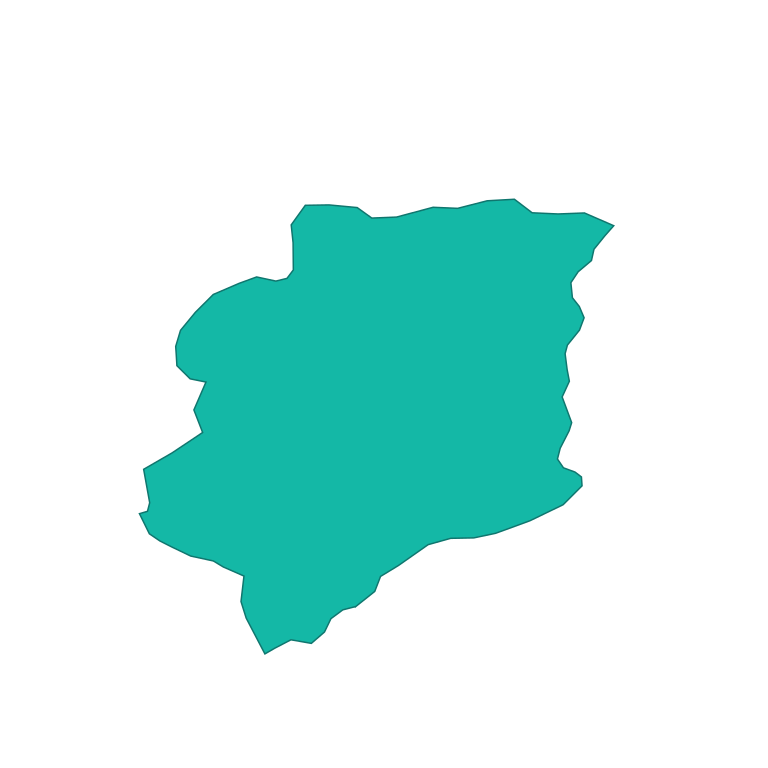 Finspång, Östergötland, Sweden, rotated 330°
{"feature_id": "70781695B24148973800204", "entity_name": "Finspång", "entity_type": "district", "adm_level": 2, "iso_a3": "SWE", "parent_name": "Sweden", "parent_adm1": "Östergötland", "projection": "robinson", "projection_center": [15.801, 58.843], "detail": "fine", "context": "isolated", "style": "filled", "palette": "teal", "viewbox_px": 768, "rotation_deg": 330, "n_neighbors": 0, "source": "geoboundaries", "source_scale": "gbopen_adm2", "svg_char_len": 1215}
<svg xmlns="http://www.w3.org/2000/svg" viewBox="0 0 768 768"><g transform="rotate(330 384 384)"><path d="M247.6,562.7L272.3,559.0L284.8,548.9L305.9,548.4L341.9,545.2L364.6,551.0L384.9,562.2L406.0,569.1L442.0,575.4L478.8,578.1L504.6,571.2L508.5,563.2L505.4,555.8L497.5,546.3L496.7,535.7L504.5,527.7L520.9,517.1L527.2,511.3L531.8,484.3L545.9,474.3L549.8,463.1L556.0,448.3L562.3,442.0L580.2,435.1L590.4,426.7L591.9,414.5L590.3,403.5L596.5,389.7L608.2,383.9L625.4,380.8L633.2,372.3L649.6,366.0L662.1,361.8L643.1,336.1L619.8,323.8L597.9,309.8L589.3,289.2L564.9,276.9L535.6,268.7L516.9,256.8L514.9,255.5L478.3,245.7L456.4,234.2L449.0,217.8L425.9,201.4L405.2,189.9L383.2,199.8L375.9,216.2L362.5,239.9L352.8,244.0L341.8,240.8L327.2,227.6L308.9,224.4L280.9,221.1L277.6,222.0L256.5,227.6L234.6,235.8L222.4,247.3L219.4,253.4L213.8,264.6L218.7,282.6L230.8,293.3L206.4,311.4L202.7,335.3L166.1,337.7L133.2,337.7L121.7,369.7L115.5,376.0L107.4,374.0L105.9,396.4L111.5,408.0L119.1,419.6L130.6,436.4L147.7,451.9L153.4,462.2L166.7,480.3L151.4,500.9L147.6,517.8L145.9,558.2L157.2,558.2L175.5,559.0L191.4,572.3L208.5,569.0L220.7,560.7L235.4,559.0L247.6,562.4L247.6,562.7Z" fill="#14b8a6" stroke="#0f766e" stroke-width="1.5"/></g></svg>